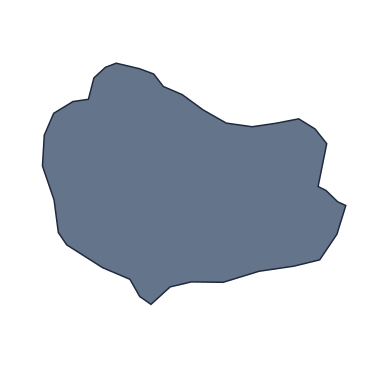 the Prefecture of Nzérékoré, rotated 278°
{"feature_id": "GIN-5655", "entity_name": "Nzérékoré", "entity_type": "Prefecture", "adm_level": 1, "iso_a3": "GIN", "parent_name": "Guinea", "parent_adm1": "", "projection": "robinson", "projection_center": [-8.704, 7.993], "detail": "fine", "context": "isolated", "style": "filled", "palette": "slate", "viewbox_px": 384, "rotation_deg": 278, "n_neighbors": 0, "source": "natural_earth", "source_scale": "10m", "svg_char_len": 612}
<svg xmlns="http://www.w3.org/2000/svg" viewBox="0 0 384 384"><g transform="rotate(278 192 192)"><path d="M258.6,318.7L215.0,316.1L212.2,324.4L202.6,337.6L200.0,346.2L170.4,341.4L142.6,327.9L132.7,303.1L122.8,269.3L106.9,235.4L102.9,203.9L95.0,183.6L75.0,167.0L81.2,154.8L96.9,142.7L104.6,114.0L122.2,75.3L133.2,65.3L165.0,56.5L196.9,40.3L227.7,37.8L250.7,44.1L265.0,61.5L269.4,76.5L291.4,79.0L303.5,89.0L309.0,99.0L306.8,122.7L303.5,137.7L292.5,148.9L287.0,168.9L274.9,191.4L265.0,216.3L265.0,242.5L271.6,265.0L279.3,287.5L271.6,305.0L258.6,318.7Z" fill="#64748b" stroke="#1e293b" stroke-width="1.5"/></g></svg>